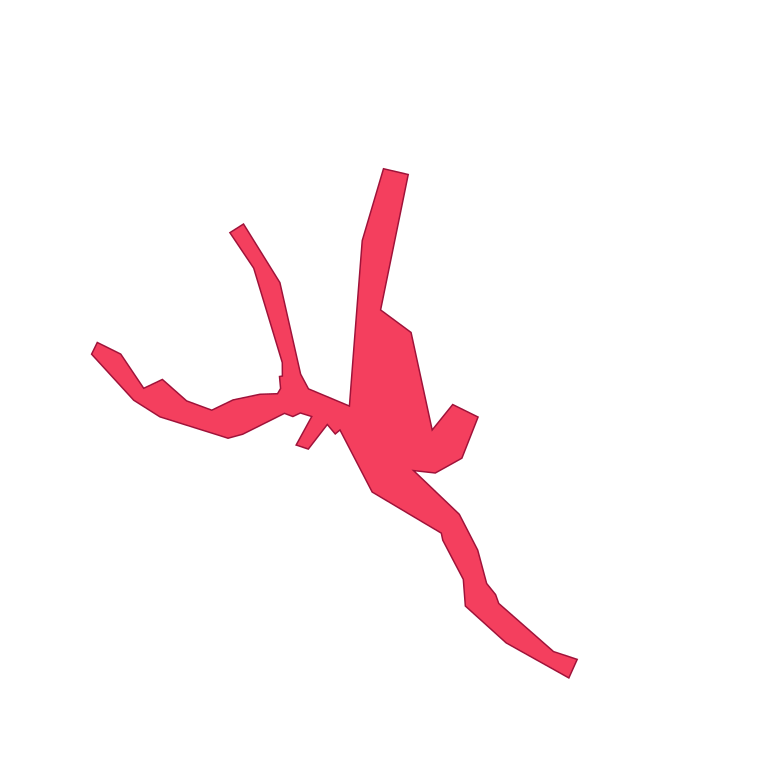 outline of Vlahita, Harghita, Romania, rotated 292°
{"feature_id": "2599482B45078767996614", "entity_name": "Vlahita", "entity_type": "district", "adm_level": 2, "iso_a3": "ROU", "parent_name": "Romania", "parent_adm1": "Harghita", "projection": "equal_earth", "projection_center": [25.468, 46.349], "detail": "fine", "context": "isolated", "style": "filled", "palette": "rose", "viewbox_px": 768, "rotation_deg": 292, "n_neighbors": 0, "source": "geoboundaries", "source_scale": "gbopen_adm2", "svg_char_len": 975}
<svg xmlns="http://www.w3.org/2000/svg" viewBox="0 0 768 768"><g transform="rotate(292 384 384)"><path d="M335.1,288.9L328.0,272.8L312.7,250.0L295.2,234.1L294.4,207.3L305.2,176.8L290.0,162.8L313.1,128.7L315.1,102.6L302.1,101.7L275.2,158.0L269.6,188.6L274.7,251.5L275.3,259.7L284.5,271.8L319.5,302.7L319.6,307.2L319.7,311.7L325.8,317.3L326.8,329.2L294.5,325.4L295.3,338.2L325.2,346.6L319.4,357.5L324.9,360.4L294.4,396.0L279.4,413.5L270.2,473.2L267.2,493.0L261.2,497.0L246.9,513.8L232.6,530.7L208.6,542.6L189.7,594.3L180.7,665.5L201.0,666.3L199.4,641.4L223.5,572.6L230.5,566.4L237.5,553.9L265.1,533.1L291.4,502.6L314.8,443.8L320.7,464.9L344.4,484.0L388.6,483.6L390.7,455.4L359.4,445.9L441.9,389.8L451.4,353.1L587.3,328.0L583.4,302.9L508.8,310.1L429.7,335.1L397.8,345.2L350.6,360.2L351.2,315.8L361.9,303.0L439.0,249.5L479.7,193.8L466.6,184.4L442.6,219.8L365.7,281.7L353.3,286.8L351.8,284.3L341.1,289.8L335.1,288.9Z" fill="#f43f5e" stroke="#9f1239" stroke-width="1.5"/></g></svg>